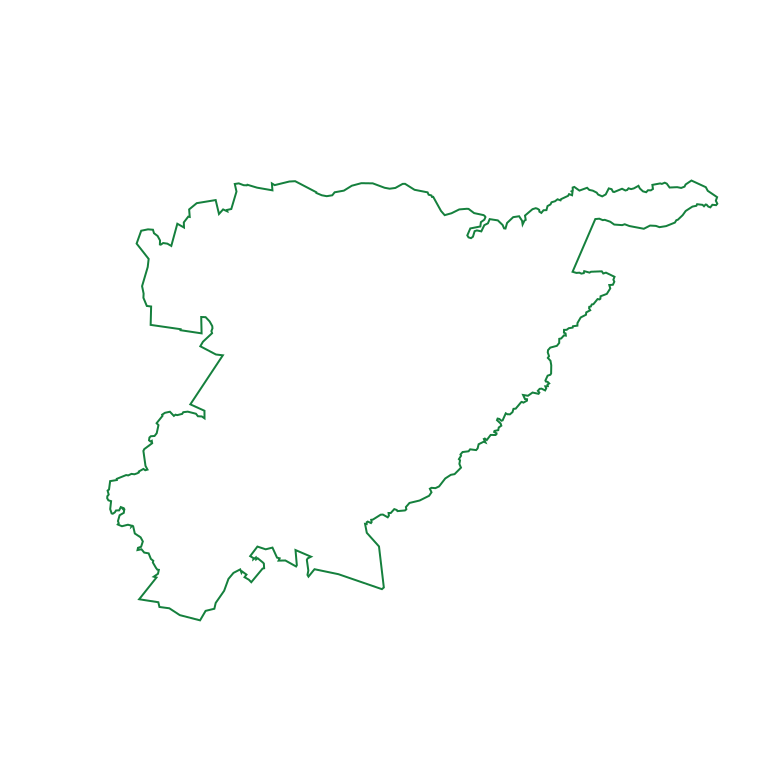 Aculco, México, Mexico, rotated 105°
{"feature_id": "50627088B12857045520905", "entity_name": "Aculco", "entity_type": "district", "adm_level": 2, "iso_a3": "MEX", "parent_name": "Mexico", "parent_adm1": "México", "projection": "robinson", "projection_center": [-99.832, 20.136], "detail": "fine", "context": "isolated", "style": "outline", "palette": "green", "viewbox_px": 768, "rotation_deg": 105, "n_neighbors": 0, "source": "geoboundaries", "source_scale": "gbopen_adm2", "svg_char_len": 6154}
<svg xmlns="http://www.w3.org/2000/svg" viewBox="0 0 768 768"><g transform="rotate(105 384 384)"><path d="M567.7,620.1L567.8,617.3L575.7,616.1L579.5,613.6L579.5,612.4L577.7,610.8L575.5,610.1L574.6,607.1L571.0,606.4L571.3,603.3L571.9,602.7L572.4,603.7L573.3,602.3L575.8,602.0L579.2,605.4L585.3,605.5L587.1,604.2L588.6,604.8L589.2,600.3L586.2,594.9L586.2,591.0L586.9,591.0L586.1,590.5L586.3,589.5L592.9,586.0L595.1,579.4L598.5,576.2L604.1,576.5L605.9,579.2L608.2,579.1L606.4,575.5L608.9,572.0L608.5,567.5L613.3,563.9L614.5,561.1L616.2,561.1L620.6,556.7L622.0,554.9L621.8,553.4L625.8,553.2L629.7,556.5L629.8,553.7L655.3,564.8L653.2,545.5L657.5,543.2L656.2,533.3L660.1,521.4L659.9,500.5L649.3,497.6L645.0,489.7L639.0,489.9L625.1,484.9L612.5,483.8L605.4,480.5L600.3,474.9L603.2,472.8L601.8,472.5L603.7,467.5L606.7,468.7L608.0,463.9L609.8,460.9L593.7,453.5L593.0,452.1L588.5,453.6L587.8,454.7L585.0,460.9L586.5,462.1L584.7,462.9L587.1,464.8L586.0,464.9L584.9,468.7L573.8,464.2L574.3,455.5L570.9,449.4L579.4,442.4L579.4,439.7L581.9,440.1L580.0,433.6L583.0,421.7L581.6,421.3L567.3,426.5L569.7,409.8L572.2,412.6L573.9,413.0L583.8,408.8L588.2,408.5L589.6,407.1L580.9,403.2L579.5,378.8L582.7,332.9L580.6,331.5L542.2,346.8L532.2,362.1L524.0,366.1L523.8,364.5L522.0,364.9L521.1,364.1L521.7,360.6L520.6,360.2L518.5,361.2L517.8,359.6L511.1,353.4L510.4,351.3L511.8,345.9L509.9,345.2L507.4,346.2L506.9,344.1L502.2,341.7L502.4,339.1L503.3,338.1L500.7,331.0L499.3,330.0L497.2,331.0L492.3,328.6L487.3,319.4L480.3,311.5L476.3,310.1L473.3,312.6L472.0,311.3L471.3,307.4L468.7,304.3L459.4,300.4L454.4,295.9L452.8,292.5L444.9,288.0L441.7,290.5L438.0,290.8L437.2,292.2L433.4,291.0L432.3,291.9L429.4,290.5L427.1,284.9L424.8,283.9L424.0,277.9L422.0,276.9L417.7,277.0L413.9,272.7L414.2,270.9L411.3,273.3L410.6,272.5L411.5,270.2L405.6,267.8L404.4,263.1L403.5,262.4L402.5,262.5L401.8,265.2L400.7,265.1L399.0,261.7L396.3,261.9L393.9,259.9L392.0,261.1L389.7,265.5L388.0,265.3L387.9,263.6L389.1,261.1L388.4,260.0L380.8,258.8L381.3,257.0L380.7,254.5L377.9,252.6L374.5,252.5L373.7,250.4L366.2,246.9L365.6,246.3L365.9,244.5L363.1,241.6L361.7,241.9L362.0,244.0L358.6,246.8L358.1,241.9L353.8,238.3L353.5,232.2L352.1,231.7L350.8,233.6L348.4,232.4L347.7,230.6L348.5,226.7L346.2,226.2L344.5,227.6L343.7,225.2L342.2,225.9L340.7,224.6L339.6,226.5L339.7,228.3L338.8,229.0L333.6,228.1L332.0,225.7L330.6,225.3L322.6,227.3L318.5,229.2L316.4,232.5L314.4,231.8L311.1,234.0L308.8,234.3L305.8,232.8L302.4,226.9L299.0,225.4L295.0,226.4L294.1,224.6L290.5,222.8L290.2,220.9L288.2,221.7L287.8,223.5L285.1,224.1L284.4,221.6L282.3,220.0L280.7,216.4L279.3,216.4L277.6,212.3L275.0,212.9L268.8,211.2L264.8,206.8L262.5,207.2L259.4,203.9L257.8,205.5L256.3,205.7L255.6,204.3L253.4,203.9L252.7,202.4L246.7,199.7L246.5,197.7L245.7,197.1L243.2,197.5L239.3,192.1L233.1,190.2L230.1,192.0L228.9,188.6L225.6,188.0L223.9,189.4L220.8,189.1L219.0,198.4L220.5,200.8L218.8,202.8L222.0,213.1L223.2,214.3L223.2,219.8L225.2,219.7L226.3,222.0L225.9,224.1L226.9,226.9L226.8,230.9L170.0,222.6L168.6,218.8L169.1,215.1L168.3,213.3L168.7,207.5L170.4,202.9L168.9,195.1L167.4,192.8L167.9,187.9L166.8,173.2L162.1,168.0L160.9,162.3L161.2,158.5L158.5,152.4L152.8,144.8L150.1,144.0L149.3,142.7L143.6,139.2L138.8,137.4L132.8,132.0L131.0,128.4L129.3,128.1L128.5,122.7L129.5,120.9L127.4,119.8L127.3,118.8L128.7,116.7L128.9,114.5L125.9,113.2L125.3,109.5L123.6,108.7L121.1,110.9L117.3,110.6L113.6,121.3L110.6,124.1L107.9,139.7L113.2,144.3L115.6,144.8L117.7,147.7L118.0,151.8L120.3,159.0L117.3,162.7L116.9,164.9L118.8,167.4L118.8,169.2L122.2,176.3L126.0,174.7L127.9,176.4L128.5,179.1L130.9,180.4L130.9,183.7L128.9,187.5L126.7,189.5L130.4,193.3L131.8,195.8L131.7,198.5L133.6,199.3L134.6,200.9L133.8,204.6L139.0,211.4L139.0,212.6L136.9,214.6L136.9,217.5L143.5,218.9L146.3,221.8L145.6,226.2L144.1,228.1L143.2,232.4L143.4,235.9L141.9,238.6L146.6,245.3L144.4,251.2L145.4,252.6L148.4,251.7L149.3,252.7L149.9,251.6L153.0,251.2L152.7,254.4L154.6,254.9L159.6,260.8L160.9,261.0L160.7,264.2L163.2,266.1L165.1,269.2L167.5,269.7L169.8,272.1L174.0,272.1L174.9,274.9L178.0,276.3L177.3,278.5L175.6,279.2L175.0,281.1L174.9,282.9L176.7,285.8L184.8,291.4L188.8,289.6L189.8,290.6L194.0,291.4L190.6,292.9L187.0,296.9L189.4,302.4L196.6,306.8L202.4,306.9L202.6,308.3L199.7,310.6L196.5,316.4L197.4,324.6L201.9,325.2L204.6,328.2L211.4,329.5L211.6,334.0L212.9,336.0L218.7,336.2L220.6,337.7L220.5,340.3L218.9,342.0L211.4,340.9L206.9,331.7L202.6,332.3L199.3,329.6L196.5,329.2L195.7,330.1L195.1,331.5L195.6,341.2L193.0,347.6L193.3,349.3L195.9,356.5L201.6,363.0L205.2,369.1L202.1,373.7L190.5,384.9L190.9,386.0L189.6,387.0L189.6,389.9L187.6,391.5L188.5,404.8L185.2,415.5L185.9,417.8L191.7,423.8L193.9,429.1L194.3,434.2L193.1,446.8L195.9,457.9L200.8,466.4L207.6,472.8L211.6,481.3L215.1,482.8L217.4,487.9L217.8,492.9L217.0,498.8L216.3,499.0L211.1,522.3L212.9,527.8L220.2,541.1L219.3,544.2L225.8,541.9L227.2,557.4L226.9,567.6L227.6,567.9L228.3,571.0L227.8,576.2L229.4,579.9L236.3,576.3L254.5,576.8L256.5,580.7L257.8,580.0L257.0,584.6L262.5,587.4L249.9,594.2L257.8,611.7L265.8,617.4L272.9,614.9L273.0,616.4L279.7,619.2L284.6,617.7L282.7,625.1L305.7,625.2L304.5,629.6L305.0,633.8L307.2,635.7L307.2,636.6L303.3,637.5L299.6,641.0L297.9,645.2L294.8,647.1L295.7,652.0L298.8,658.2L312.4,659.3L324.1,643.7L332.2,642.5L352.1,643.0L358.9,639.6L363.0,638.7L370.0,633.3L369.4,629.0L387.3,624.7L383.7,594.6L384.7,594.5L382.3,573.3L366.6,577.9L365.6,573.6L368.7,568.6L372.5,564.9L374.6,564.1L377.6,564.4L379.4,563.2L390.0,569.8L395.1,571.2L399.0,554.0L398.0,547.1L453.8,565.8L456.3,550.5L463.6,548.5L462.5,551.6L463.3,555.4L461.4,557.9L461.5,566.4L463.2,570.6L465.1,571.2L467.6,575.7L467.6,577.5L469.2,578.7L466.2,583.6L468.5,588.1L471.1,590.4L472.1,589.7L480.7,593.5L482.1,591.2L490.4,590.8L493.6,592.2L494.8,595.7L496.4,596.7L499.2,596.4L500.0,594.6L499.0,593.6L501.2,592.6L508.9,598.7L510.9,599.1L524.8,593.2L527.9,590.3L529.1,592.3L528.3,594.4L532.0,598.2L532.9,597.9L534.1,599.2L535.8,601.7L536.2,604.7L538.5,607.4L538.7,609.5L544.8,617.6L545.9,617.2L548.7,623.4L557.1,622.3L558.5,623.4L562.1,621.3L564.0,622.2L566.0,621.8L567.7,620.1Z" fill="none" stroke="#15803d" stroke-width="2"/></g></svg>